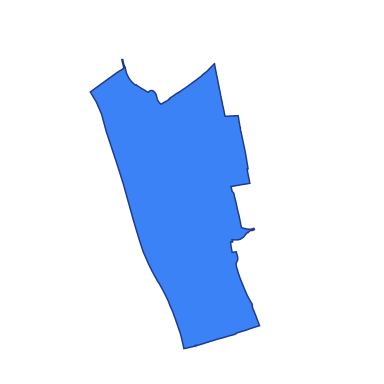 the district of Gorinchem, Zuid-Holland, Netherlands, rotated 63°
{"feature_id": "6326949B72596125477073", "entity_name": "Gorinchem", "entity_type": "district", "adm_level": 2, "iso_a3": "NLD", "parent_name": "Netherlands", "parent_adm1": "Zuid-Holland", "projection": "natural_earth1", "projection_center": [4.979, 51.841], "detail": "fine", "context": "isolated", "style": "filled", "palette": "blue", "viewbox_px": 384, "rotation_deg": 63, "n_neighbors": 0, "source": "geoboundaries", "source_scale": "gbopen_adm2", "svg_char_len": 5618}
<svg xmlns="http://www.w3.org/2000/svg" viewBox="0 0 384 384"><g transform="rotate(63 192 192)"><path d="M327.9,270.3L328.2,269.2L328.6,267.7L329.1,265.8L329.5,264.1L330.0,262.1L330.6,259.6L330.2,258.5L330.3,258.3L330.7,258.3L330.6,258.2L330.6,257.9L330.7,257.5L330.8,257.2L331.0,257.3L331.6,253.9L332.0,252.2L332.2,251.0L332.3,250.2L332.5,248.8L332.8,247.2L333.1,245.7L333.2,245.4L333.2,244.5L333.3,243.9L333.4,243.5L333.6,242.6L334.1,239.8L334.3,238.8L334.4,238.0L334.5,237.1L334.8,236.1L334.9,235.2L335.1,234.3L335.2,233.6L335.3,233.1L335.5,232.7L335.8,231.0L336.0,229.7L336.3,228.2L336.5,227.5L336.6,226.9L336.8,225.9L336.9,225.0L337.0,224.5L337.0,224.3L337.2,223.8L337.3,223.2L337.4,222.7L337.6,221.8L337.8,221.0L338.0,219.9L338.1,219.6L338.2,219.0L338.3,218.3L338.3,217.8L338.3,217.3L338.2,217.1L338.1,216.7L338.0,216.4L337.9,216.1L338.0,215.8L338.1,215.4L338.1,215.1L338.2,214.8L338.3,214.1L338.5,213.1L338.7,211.9L338.9,210.8L339.1,209.7L339.3,208.4L339.4,207.6L339.7,206.3L339.8,205.5L339.9,204.8L339.9,204.4L339.9,203.9L340.3,201.5L340.9,197.6L341.2,195.8L341.5,194.3L341.8,192.5L339.0,192.2L336.3,191.9L334.3,191.7L332.1,191.4L330.3,191.2L328.9,191.1L328.7,191.1L325.4,190.8L322.8,190.6L322.5,190.6L322.3,190.5L322.1,190.4L321.0,190.0L319.7,189.5L319.4,189.4L319.1,189.3L318.9,189.3L317.6,189.4L316.5,189.5L314.5,189.6L313.0,189.7L311.4,189.7L309.0,189.7L307.8,189.6L307.2,189.6L304.1,189.4L302.6,189.3L301.2,189.2L299.7,189.1L298.0,188.9L295.9,188.8L293.8,188.6L292.5,188.5L289.8,188.2L288.6,188.0L287.3,187.8L285.3,187.5L281.5,186.8L280.9,186.7L279.2,186.4L278.3,186.1L278.1,186.1L276.9,185.7L276.5,185.6L276.1,185.4L275.7,185.1L275.4,184.9L275.2,184.6L275.0,184.3L274.7,184.0L274.4,183.6L274.0,183.1L273.7,182.6L273.3,182.2L273.1,182.1L272.8,181.9L272.6,181.7L272.2,181.5L271.7,181.3L270.8,180.9L270.5,180.8L269.5,180.6L268.1,180.3L267.2,180.1L265.4,179.7L264.6,181.8L264.0,183.6L263.1,183.4L260.9,182.7L259.1,182.2L257.9,181.8L257.0,181.4L256.1,181.1L254.6,180.5L254.1,180.3L254.5,179.5L254.5,179.4L254.7,179.1L254.4,179.0L254.7,178.4L253.6,178.0L253.0,178.0L252.8,178.0L254.4,175.0L255.4,173.0L256.0,170.5L256.0,169.9L255.8,168.4L255.7,167.5L255.7,166.8L255.4,166.1L255.3,165.9L254.9,165.1L253.9,162.7L253.1,160.9L253.7,160.6L253.4,159.9L253.1,159.3L253.1,159.2L253.1,158.7L252.9,158.4L253.0,157.1L253.3,156.6L253.9,155.1L253.7,153.4L252.4,153.4L252.4,154.2L252.3,154.6L252.2,155.2L252.1,155.7L251.9,156.2L251.8,156.7L251.4,157.4L251.3,157.7L251.2,157.9L250.5,158.9L250.2,159.4L249.8,160.1L248.4,161.7L248.4,161.9L246.0,164.1L234.7,160.9L230.5,160.0L228.2,159.4L224.5,158.4L220.1,157.3L211.7,155.3L210.8,155.6L210.2,155.9L210.0,156.0L209.7,156.1L209.6,155.8L207.5,155.5L207.3,155.3L204.9,154.8L207.2,147.0L209.2,140.7L209.3,140.6L210.5,136.5L198.5,133.1L196.4,132.4L196.8,131.5L181.6,126.7L177.2,125.5L174.9,124.9L166.1,122.5L160.6,121.0L160.6,120.9L160.4,120.9L160.1,121.4L160.0,121.6L160.0,121.4L159.9,121.2L159.1,120.8L157.5,120.1L156.3,119.5L156.2,119.5L155.8,119.7L153.4,118.9L148.5,117.4L147.2,116.9L146.9,116.9L146.2,116.6L144.9,116.3L139.9,127.5L139.5,128.2L134.2,126.7L132.8,126.4L132.5,126.3L132.2,126.2L131.4,125.9L130.4,125.7L129.6,125.5L129.0,125.4L128.8,125.3L127.9,125.1L126.4,124.6L125.9,124.4L124.7,124.2L124.3,124.0L123.1,123.8L122.9,123.7L121.7,123.3L121.5,123.2L121.2,123.2L120.8,123.1L120.3,123.0L116.6,121.9L115.9,121.7L114.8,121.4L111.9,120.6L111.5,120.5L111.3,120.4L108.4,119.6L107.1,119.2L105.4,118.8L104.7,118.5L103.2,118.1L102.7,118.0L102.1,117.8L101.6,117.7L101.2,117.5L100.8,117.4L100.1,117.3L99.6,117.2L98.4,116.8L97.8,116.6L97.5,116.5L97.2,116.4L96.7,116.3L96.4,116.2L95.2,115.9L94.1,115.6L93.1,115.3L92.2,115.0L90.7,114.6L90.3,114.5L89.2,114.1L87.9,113.7L87.9,113.9L88.4,115.4L89.6,119.0L90.4,121.5L90.6,122.1L90.8,122.3L91.1,123.3L91.4,124.3L91.4,124.5L91.6,125.5L91.8,126.8L91.9,127.4L92.0,127.7L92.1,128.3L92.2,128.7L92.4,129.5L93.1,131.5L93.2,131.9L93.3,132.7L93.4,133.5L93.5,134.1L93.9,136.2L94.0,136.5L94.4,139.5L94.7,141.4L95.1,143.5L95.3,144.6L95.4,145.4L96.0,148.9L96.4,152.0L97.3,158.9L97.1,158.9L97.3,161.6L97.4,162.2L97.6,163.4L97.8,164.9L97.9,165.6L98.4,169.7L99.0,169.7L99.1,169.8L99.1,170.2L99.3,171.5L99.3,172.5L99.4,173.1L99.4,174.1L99.5,177.1L99.6,177.5L99.6,177.8L99.7,179.6L99.3,179.8L98.8,180.1L97.7,180.5L96.4,180.8L94.8,180.9L93.0,180.7L91.0,180.2L89.3,179.8L87.8,179.7L86.1,180.0L84.7,180.6L84.2,181.1L83.9,181.0L83.8,181.3L83.3,181.7L82.9,182.7L82.7,184.1L83.3,185.6L83.0,186.1L82.3,186.5L78.8,188.6L78.2,189.0L77.7,189.4L76.7,190.0L72.4,192.6L71.2,193.0L70.8,194.1L69.7,194.5L67.4,195.4L65.3,196.0L63.3,196.3L61.8,196.5L59.9,196.5L57.5,196.5L55.2,196.2L53.1,195.6L50.6,195.1L50.6,194.9L48.8,195.0L48.0,194.9L46.7,194.7L45.5,194.4L44.8,194.2L42.6,193.6L42.2,194.4L43.5,194.8L44.4,195.0L46.4,195.5L47.4,195.7L48.3,195.9L49.1,196.1L50.0,196.4L50.4,196.6L50.5,196.8L50.9,196.9L50.9,197.3L51.3,201.3L51.3,202.2L51.6,204.8L51.8,206.4L52.4,210.0L53.3,215.9L55.6,230.5L56.4,235.3L56.7,237.2L68.0,236.4L81.5,237.2L98.9,240.9L133.0,246.1L154.0,249.6L190.4,257.0L209.7,260.5L220.3,262.2L222.6,262.6L231.4,263.1L236.2,263.4L244.3,263.5L251.2,263.3L254.1,263.2L254.7,263.2L257.0,263.0L258.5,262.8L261.0,262.7L263.8,262.6L266.3,262.5L267.3,262.5L268.9,262.5L270.3,262.5L271.3,262.5L273.5,262.5L276.3,262.6L277.7,262.6L278.6,262.7L279.8,262.8L280.5,262.9L283.5,263.2L286.1,263.3L287.8,263.4L289.2,263.5L291.5,263.7L292.0,263.8L295.1,264.2L295.3,264.2L297.3,264.4L300.3,264.9L304.2,265.4L310.4,266.3L311.6,266.4L312.2,266.5L313.4,266.8L315.3,267.2L317.2,267.6L318.8,268.0L324.5,269.4L327.9,270.3Z" fill="#3b82f6" stroke="#1e3a8a" stroke-width="1.5"/></g></svg>